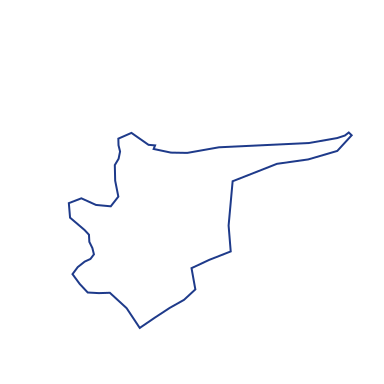 the District of Biləsuvar, rotated 128°
{"feature_id": "AZE-1698", "entity_name": "Biləsuvar", "entity_type": "District", "adm_level": 1, "iso_a3": "AZE", "parent_name": "Azerbaijan", "parent_adm1": "", "projection": "natural_earth1", "projection_center": [48.455, 39.509], "detail": "fine", "context": "isolated", "style": "outline", "palette": "blue", "viewbox_px": 384, "rotation_deg": 128, "n_neighbors": 0, "source": "natural_earth", "source_scale": "10m", "svg_char_len": 783}
<svg xmlns="http://www.w3.org/2000/svg" viewBox="0 0 384 384"><g transform="rotate(128 192 192)"><path d="M178.0,249.8L181.7,248.7L173.9,232.8L164.1,219.8L140.2,198.3L81.5,130.1L60.1,110.8L53.4,106.3L48.6,105.1L49.0,101.1L70.2,102.8L94.8,120.5L117.5,142.4L158.5,166.6L195.9,142.5L215.0,124.9L234.8,136.6L252.3,145.5L266.7,129.4L281.9,131.9L297.0,138.2L314.1,144.0L331.3,149.5L323.8,172.0L322.0,194.7L329.0,203.1L335.4,212.3L333.6,223.8L330.3,235.6L321.5,235.8L312.9,233.7L307.3,230.8L301.5,230.9L297.5,236.0L294.5,242.2L289.1,246.9L288.1,253.2L287.3,272.3L276.6,282.2L265.1,275.3L261.3,259.7L253.3,247.2L241.0,247.2L230.4,259.5L218.3,269.4L211.0,270.3L204.4,273.6L200.4,278.7L195.3,282.9L182.7,276.1L181.6,255.3L178.0,249.8Z" fill="none" stroke="#1e3a8a" stroke-width="2"/></g></svg>